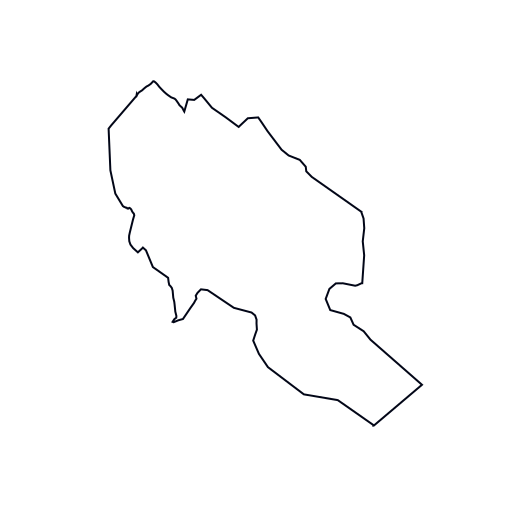 the district of The Morne, Castries, Saint Lucia, rotated 341°
{"feature_id": "8701671B84211341759878", "entity_name": "The Morne", "entity_type": "district", "adm_level": 2, "iso_a3": "LCA", "parent_name": "Saint Lucia", "parent_adm1": "Castries", "projection": "equal_earth", "projection_center": [-60.998, 13.997], "detail": "fine", "context": "isolated", "style": "outline", "palette": "ink", "viewbox_px": 512, "rotation_deg": 341, "n_neighbors": 0, "source": "geoboundaries", "source_scale": "gbopen_adm2", "svg_char_len": 1946}
<svg xmlns="http://www.w3.org/2000/svg" viewBox="0 0 512 512"><g transform="rotate(341 256 256)"><path d="M371.0,431.8L337.0,372.4L333.3,362.2L325.9,352.8L325.2,344.8L320.1,339.2L319.6,338.9L308.6,331.3L307.9,319.3L314.7,311.0L322.6,307.9L329.3,310.1L340.1,316.4L342.3,316.6L347.1,316.1L347.6,316.3L358.5,290.6L361.7,276.9L367.4,265.0L369.9,255.6L369.9,248.8L370.1,248.6L334.5,199.4L331.1,192.3L332.1,187.8L328.7,179.4L319.6,171.6L314.8,163.9L307.6,141.9L305.0,132.1L303.2,125.7L293.1,123.1L281.6,128.3L272.5,115.0L262.6,101.5L258.4,90.2L256.6,85.7L248.4,88.3L242.5,85.7L235.2,96.1L235.0,95.2L234.8,93.7L234.5,91.7L233.7,90.3L232.7,88.4L232.4,86.8L232.0,85.4L231.5,83.6L230.9,81.8L230.2,80.7L229.3,79.9L228.3,79.1L227.3,78.2L226.6,77.2L225.2,75.3L223.9,73.3L222.4,70.6L220.8,67.2L219.6,64.5L218.6,61.5L217.5,59.2L216.5,57.7L215.7,57.3L215.2,57.6L214.4,58.0L212.5,59.0L209.8,59.8L207.7,60.1L205.7,60.8L204.2,61.4L202.2,62.3L200.0,62.8L198.1,63.4L196.5,64.5L195.8,65.2L195.8,64.4L195.0,65.8L161.7,85.3L158.1,87.6L146.2,127.6L143.3,151.2L146.4,165.5L147.0,166.2L147.3,166.7L148.0,167.2L148.6,167.9L149.3,168.1L149.6,168.4L149.8,169.2L150.6,169.6L151.8,169.2L152.6,170.0L153.2,171.4L153.3,172.9L153.7,174.9L154.3,176.1L154.2,177.0L154.2,177.8L151.5,181.6L144.4,192.6L142.7,195.4L141.9,197.4L141.0,200.8L141.0,204.3L142.4,208.5L145.5,214.1L150.7,211.8L151.8,211.2L153.8,214.8L154.9,232.9L165.8,248.0L164.9,252.2L164.7,254.0L164.5,255.0L165.3,256.6L166.0,258.7L165.9,261.6L164.2,268.5L163.8,272.7L163.2,275.5L161.6,282.3L161.2,286.8L160.5,288.4L158.3,289.1L155.7,291.1L156.5,291.8L161.7,291.5L166.4,291.8L177.2,283.7L182.1,280.2L184.0,278.4L185.8,277.0L186.1,273.9L188.7,271.8L193.1,269.6L199.1,272.5L218.2,297.8L233.4,308.0L235.8,311.9L235.8,316.4L234.5,320.0L232.9,325.9L229.8,329.8L225.8,335.1L226.9,349.5L231.1,365.0L256.2,402.4L286.4,418.9L311.9,454.0L311.7,454.6L312.2,454.7L371.0,431.8Z" fill="none" stroke="#020617" stroke-width="2"/></g></svg>